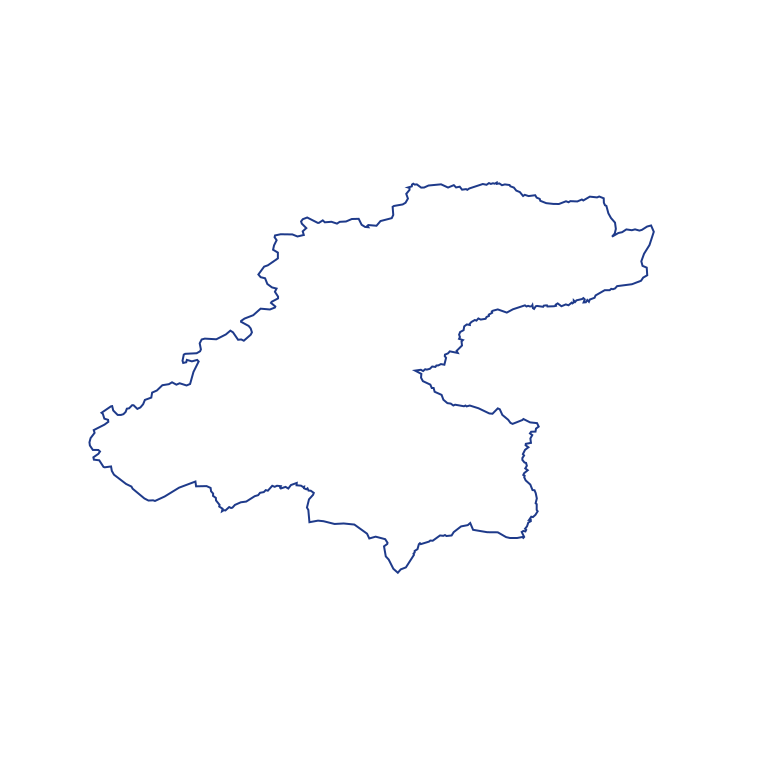 Mamants'o, Mafeteng, Lesotho, rotated 255°
{"feature_id": "5366337B49454872209470", "entity_name": "Mamants'o", "entity_type": "district", "adm_level": 2, "iso_a3": "LSO", "parent_name": "Lesotho", "parent_adm1": "Mafeteng", "projection": "equal_earth", "projection_center": [27.358, -29.661], "detail": "fine", "context": "isolated", "style": "outline", "palette": "blue", "viewbox_px": 768, "rotation_deg": 255, "n_neighbors": 0, "source": "geoboundaries", "source_scale": "gbopen_adm2", "svg_char_len": 6137}
<svg xmlns="http://www.w3.org/2000/svg" viewBox="0 0 768 768"><g transform="rotate(255 384 384)"><path d="M567.6,458.1L566.8,459.4L564.9,458.9L561.9,454.7L556.9,455.1L553.5,451.7L552.6,448.5L553.4,439.7L552.9,438.2L544.9,436.7L542.2,434.4L542.3,422.8L538.8,417.7L541.6,410.0L541.1,408.9L539.5,409.4L540.6,406.4L543.6,403.6L550.1,402.3L551.7,395.6L550.8,389.4L552.1,383.2L551.1,380.1L554.3,375.2L555.5,368.7L557.9,367.2L556.5,362.8L556.8,361.7L564.7,352.9L564.2,348.2L562.5,346.0L560.2,346.1L554.7,349.3L552.5,345.0L548.7,345.1L548.9,338.6L552.2,334.2L555.4,322.9L555.7,317.2L554.1,316.3L550.7,317.5L546.4,313.7L542.4,311.6L538.4,315.5L532.8,314.0L528.7,302.5L528.4,298.6L522.3,291.0L519.1,292.5L516.9,296.5L510.8,297.2L506.3,300.8L504.0,304.9L501.3,302.5L495.8,304.3L494.1,303.8L492.5,296.8L491.6,295.8L487.0,299.1L486.1,298.4L485.5,293.1L488.7,284.3L484.3,275.5L483.3,266.2L481.9,262.3L481.1,262.0L475.1,268.3L472.2,269.6L468.1,269.8L466.1,268.0L462.1,259.8L464.0,257.6L464.5,254.5L473.0,251.5L475.3,249.4L472.8,244.1L470.6,233.6L474.2,222.7L474.2,219.4L471.0,216.5L464.8,216.1L463.2,214.8L462.2,211.0L464.6,199.8L464.2,198.2L458.6,195.4L456.3,195.5L456.2,198.6L458.3,199.8L455.6,204.3L455.6,209.8L453.7,210.8L445.0,203.1L434.2,196.7L433.7,192.9L437.6,186.8L437.1,183.3L440.5,179.7L439.5,176.2L440.2,169.6L436.5,162.9L435.7,157.8L431.1,155.7L430.5,148.9L426.8,146.1L424.4,142.6L423.8,139.3L428.3,136.6L428.7,135.2L426.5,131.5L426.7,129.2L423.9,127.2L422.3,124.5L422.2,121.8L423.1,118.7L428.5,115.6L433.0,115.7L433.1,114.5L429.3,103.7L427.9,104.7L422.9,104.9L420.8,108.2L418.8,107.9L417.1,103.5L414.6,91.7L411.7,91.8L407.7,86.6L403.9,84.4L400.7,84.0L395.7,85.7L394.2,91.0L392.3,92.2L390.5,90.1L388.4,84.3L386.0,84.2L384.0,89.2L376.5,91.6L375.8,92.7L375.0,99.0L370.5,98.6L366.3,99.7L354.2,109.0L350.3,113.5L347.9,114.1L335.5,122.9L332.4,126.3L331.4,130.9L330.3,132.5L332.1,143.0L336.9,159.2L338.6,176.6L333.8,176.0L331.3,186.2L328.5,189.6L325.1,189.2L322.4,190.6L320.2,189.9L317.5,192.1L315.0,191.6L309.8,193.9L308.3,193.1L305.3,195.8L303.0,194.6L303.6,196.6L302.9,198.1L305.2,202.6L303.8,204.2L303.8,205.6L305.8,208.7L306.8,215.1L306.1,220.5L309.1,230.1L309.2,233.7L311.0,236.1L310.7,239.9L312.1,242.3L311.0,244.2L314.6,249.7L313.0,251.8L313.4,254.3L312.0,257.9L310.7,256.8L309.8,257.3L310.1,262.3L307.8,264.5L310.5,268.0L311.0,274.1L308.8,273.3L307.3,277.5L305.4,279.2L305.5,280.3L304.0,279.7L302.4,281.7L303.0,283.1L300.6,283.5L299.9,285.6L297.0,288.0L295.3,286.8L292.0,281.7L284.6,277.6L281.9,278.3L269.8,276.2L269.1,284.9L267.1,290.1L261.6,300.0L259.7,309.0L255.9,319.0L243.8,328.9L238.6,329.8L238.7,336.4L233.8,345.0L229.7,346.3L228.6,345.7L227.2,342.0L217.0,341.1L213.2,343.1L203.1,345.2L198.1,348.5L200.6,352.2L201.2,357.7L211.2,368.7L212.5,368.6L213.3,370.0L214.8,370.4L215.8,373.6L220.2,376.2L220.9,377.5L219.8,378.1L220.1,386.6L220.8,388.2L220.0,390.5L223.2,398.9L222.0,402.0L222.3,403.8L221.0,405.0L220.2,410.1L222.9,413.0L226.5,421.6L226.0,428.4L227.4,431.3L220.1,432.3L214.1,445.4L211.3,455.5L204.5,462.3L202.7,465.7L200.8,472.6L200.4,478.1L199.3,478.7L200.0,479.8L205.4,478.7L206.0,480.6L205.0,482.4L206.3,483.6L207.7,482.8L209.5,485.3L212.8,487.5L213.5,490.3L214.9,490.6L215.2,489.0L217.7,491.9L216.9,493.4L218.4,496.4L221.3,499.5L222.9,498.9L228.4,500.4L229.6,499.6L233.9,502.0L239.3,502.3L242.4,501.9L243.1,500.0L249.0,499.3L254.2,495.9L257.6,495.3L259.0,496.1L260.1,495.0L261.6,496.3L263.5,500.5L265.9,498.6L268.0,500.8L271.0,500.8L271.8,499.4L274.8,498.0L276.7,498.5L278.7,500.8L280.3,500.0L283.9,503.2L285.5,507.1L288.2,504.9L289.5,505.5L289.1,510.7L293.5,511.3L296.3,514.0L298.5,512.2L299.8,513.8L298.8,518.0L301.6,519.3L302.8,522.4L306.6,521.7L309.1,515.2L314.1,509.6L313.4,508.4L312.2,497.9L313.7,496.1L317.3,494.7L323.5,490.3L329.6,489.3L331.0,487.6L327.2,481.1L328.3,478.1L336.1,469.0L341.0,461.3L341.0,458.0L342.1,457.1L341.8,455.5L345.6,447.3L345.3,445.4L347.8,443.4L349.1,440.3L353.4,437.3L358.6,436.8L363.4,430.9L367.3,430.9L367.8,429.1L371.4,428.6L376.7,422.3L380.5,421.4L384.1,422.7L388.9,417.5L388.2,423.3L386.4,425.1L387.6,427.6L386.8,429.1L386.8,432.2L388.4,435.1L387.2,438.1L388.3,439.4L387.9,441.3L388.5,444.1L387.0,447.3L393.2,450.7L395.2,449.9L396.6,450.5L397.0,453.7L398.5,456.0L394.9,463.3L397.2,462.7L401.0,469.3L405.0,469.9L406.0,471.6L408.2,468.2L409.7,469.5L412.2,469.3L414.5,471.0L415.4,474.8L418.9,476.4L420.1,479.4L418.8,482.2L420.0,482.4L421.3,484.5L422.3,488.3L421.3,489.7L422.9,492.1L421.2,494.1L420.7,499.0L422.2,500.4L422.6,503.0L423.9,503.2L424.8,506.9L426.2,506.9L426.6,508.2L426.6,513.2L421.2,521.1L422.8,527.9L423.5,540.5L422.0,541.7L422.2,543.4L421.1,545.1L420.9,546.8L421.9,547.8L418.7,547.5L417.7,548.4L419.8,550.7L419.8,552.0L417.4,557.7L418.3,558.6L418.1,560.3L417.7,561.8L416.6,561.9L415.1,568.3L415.0,570.4L416.2,570.4L416.9,572.6L413.2,575.5L413.8,580.2L412.3,582.6L414.0,586.3L413.1,586.8L413.6,588.3L415.6,588.9L413.8,589.9L415.0,591.6L414.8,597.4L415.4,598.8L413.8,599.8L411.1,597.9L410.7,600.1L412.5,602.1L410.4,603.2L412.3,604.6L412.8,609.7L414.8,611.3L417.5,621.5L416.2,626.3L417.1,628.1L416.3,629.7L416.5,631.9L418.2,634.5L416.2,649.3L417.2,659.0L419.7,661.9L420.9,666.4L428.4,667.9L431.2,664.3L435.9,664.3L442.5,668.9L449.5,676.4L461.2,684.0L468.0,683.0L468.0,678.9L466.1,672.9L466.1,670.4L468.4,666.5L468.4,663.2L470.6,658.1L469.0,653.3L469.2,649.5L467.3,642.4L469.6,645.8L473.8,648.1L480.1,648.9L485.6,646.2L490.8,644.9L498.5,644.9L499.5,643.7L502.2,643.3L506.5,644.3L509.4,640.4L509.1,638.1L511.7,631.3L509.7,624.0L511.0,622.9L510.3,618.0L512.4,611.3L511.8,609.3L513.4,607.1L512.6,599.6L514.0,594.5L516.7,587.5L520.5,582.4L522.5,582.3L524.5,579.7L527.2,578.9L528.1,572.3L530.3,568.9L529.6,567.0L534.2,564.9L536.6,561.8L540.1,560.3L542.3,557.2L543.7,556.8L545.5,552.4L545.5,549.4L547.9,547.3L548.1,544.9L549.4,545.1L548.8,542.9L549.7,541.2L549.6,539.0L550.9,537.4L549.9,534.6L551.6,531.2L550.8,517.0L550.0,514.7L551.0,513.7L551.5,509.7L555.0,508.2L555.2,504.5L558.0,502.9L557.2,496.7L562.1,490.8L564.2,478.4L563.4,473.6L564.1,470.7L568.3,467.4L568.7,465.2L569.9,464.1L569.4,462.7L567.7,462.0L567.6,458.1Z" fill="none" stroke="#1e3a8a" stroke-width="2"/></g></svg>